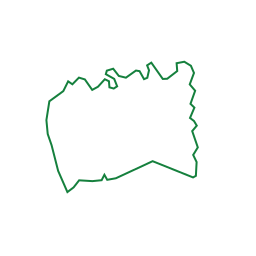 Owen, Kentucky, United States of America (Natural Earth projection), rotated 117°
{"feature_id": "52423323B69161309107902", "entity_name": "Owen", "entity_type": "district", "adm_level": 2, "iso_a3": "USA", "parent_name": "United States of America", "parent_adm1": "Kentucky", "projection": "natural_earth1", "projection_center": [-84.882, 38.532], "detail": "fine", "context": "isolated", "style": "outline", "palette": "green", "viewbox_px": 256, "rotation_deg": 117, "n_neighbors": 0, "source": "geoboundaries", "source_scale": "gbopen_adm2", "svg_char_len": 840}
<svg xmlns="http://www.w3.org/2000/svg" viewBox="0 0 256 256"><g transform="rotate(117 128 128)"><path d="M113.6,202.5L124.5,202.4L139.9,210.2L158.0,204.3L169.8,196.8L178.1,188.2L197.9,170.8L212.6,152.9L205.6,149.5L196.8,147.8L191.5,135.6L186.5,127.8L180.4,127.8L183.6,123.0L178.3,116.0L146.4,91.0L142.5,47.6L139.8,45.8L127.2,51.4L122.4,57.7L113.6,57.0L101.6,69.4L94.7,67.8L91.8,72.4L90.9,77.3L79.7,78.1L78.1,83.3L64.3,85.1L61.1,92.8L49.0,94.2L44.0,100.2L43.4,107.9L48.2,114.1L54.9,110.0L66.3,115.4L68.5,119.3L59.2,136.9L63.5,139.4L67.0,135.5L74.5,133.6L77.2,135.9L72.1,143.5L73.2,147.0L84.1,152.7L85.8,159.8L81.9,168.1L86.5,172.9L90.1,172.2L90.5,162.6L95.8,156.6L99.3,158.6L100.2,163.0L95.0,166.2L95.1,170.8L104.9,173.5L110.3,177.2L104.3,188.5L105.4,194.6L114.3,197.4L113.6,202.5Z" fill="none" stroke="#15803d" stroke-width="2"/></g></svg>